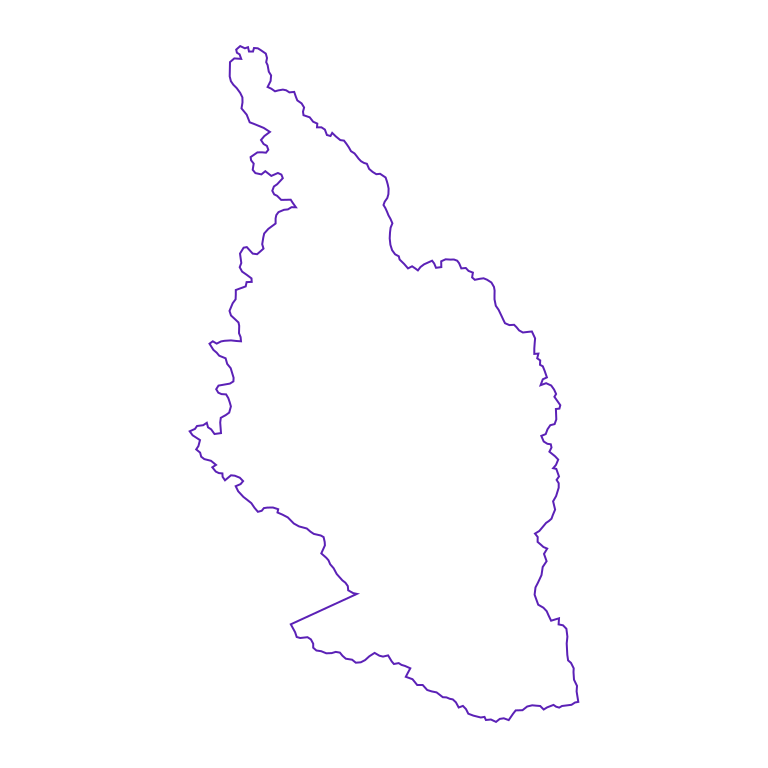 outline of Montividiu do Norte, Tocantins, Brazil
{"feature_id": "56859067B39670898572312", "entity_name": "Montividiu do Norte", "entity_type": "district", "adm_level": 2, "iso_a3": "BRA", "parent_name": "Brazil", "parent_adm1": "Tocantins", "projection": "orthographic", "projection_center": [-48.752, -13.106], "detail": "fine", "context": "isolated", "style": "outline", "palette": "violet", "viewbox_px": 768, "rotation_deg": 0, "n_neighbors": 0, "source": "geoboundaries", "source_scale": "gbopen_adm2", "svg_char_len": 5537}
<svg xmlns="http://www.w3.org/2000/svg" viewBox="0 0 768 768"><path d="M240.2,46.1L236.2,49.6L236.9,52.7L239.6,54.4L241.2,58.9L234.3,58.4L230.0,62.1L229.8,71.4L229.7,76.4L230.9,81.2L233.3,84.7L236.7,88.1L240.2,92.9L242.4,97.4L242.5,102.4L241.5,108.4L246.7,114.7L249.7,122.3L253.7,123.8L263.7,127.9L269.9,131.9L264.3,136.1L261.0,140.0L263.6,144.0L266.9,145.9L268.3,149.8L266.0,152.7L261.9,152.3L257.4,152.4L250.6,157.1L251.1,160.3L253.7,163.6L252.7,169.8L255.4,173.1L261.4,174.4L265.3,171.2L271.3,175.9L277.9,173.0L281.4,174.6L282.8,178.2L277.1,184.3L273.9,186.5L272.3,190.8L274.2,194.4L277.1,195.8L281.2,199.9L290.7,199.7L292.7,202.8L295.9,207.3L291.5,207.2L287.9,209.4L284.0,209.8L278.5,212.1L276.3,215.1L275.6,218.4L275.6,223.5L268.3,228.9L264.2,233.5L263.3,237.5L262.2,244.2L263.5,248.6L260.6,251.2L257.1,254.2L252.7,253.6L246.8,247.1L243.6,247.7L240.0,253.6L241.3,263.0L239.7,267.2L242.1,271.6L246.7,274.8L251.5,278.4L251.7,281.9L246.6,282.1L245.7,286.4L235.8,290.0L235.8,294.6L235.6,299.3L232.7,303.2L229.5,310.9L231.0,315.5L234.8,319.0L238.5,322.5L239.2,325.8L239.0,333.2L240.6,337.1L241.0,341.3L236.5,341.0L231.0,340.4L224.5,340.8L221.1,341.4L216.7,343.6L212.8,341.3L209.5,343.7L213.4,349.9L216.7,352.7L219.2,355.7L225.6,358.3L227.2,363.9L230.7,368.2L233.6,377.8L233.4,381.4L229.9,383.6L218.5,385.6L216.2,389.2L218.3,392.7L221.5,394.1L226.1,394.4L228.3,398.1L229.7,402.2L230.9,406.4L229.2,412.6L225.9,415.0L220.8,417.8L220.2,422.5L221.0,433.1L214.5,434.0L211.2,429.4L208.0,427.3L206.8,422.8L203.2,425.2L197.0,426.0L195.0,428.9L189.7,431.3L192.6,435.3L200.0,440.1L198.4,446.1L196.2,449.4L200.1,452.6L201.2,456.7L204.3,459.1L211.0,460.8L216.0,464.9L212.3,467.3L215.8,471.6L218.9,473.1L222.4,473.4L222.6,476.8L225.0,480.3L231.0,475.3L234.8,475.7L239.8,477.7L243.1,481.1L240.6,484.1L235.7,486.2L238.2,491.3L243.4,496.9L251.3,503.1L254.5,507.8L257.9,511.8L261.7,510.8L263.9,508.1L267.3,507.6L272.9,507.5L278.2,509.2L277.5,512.5L282.4,514.6L287.8,517.4L293.8,523.5L299.0,526.4L306.8,528.5L310.5,531.7L313.8,533.9L320.8,535.5L323.6,537.1L324.7,542.0L324.9,545.4L321.3,553.4L326.3,557.8L328.5,560.3L330.2,564.3L333.6,568.2L336.7,574.0L342.3,580.3L345.4,582.7L347.8,586.1L348.2,590.3L353.1,593.1L356.9,593.9L290.8,624.3L295.1,632.2L296.7,637.0L300.2,638.0L307.5,637.2L310.9,639.4L313.2,643.7L313.2,647.7L316.4,650.5L321.2,651.2L326.3,653.3L331.7,653.1L335.7,651.9L339.9,652.6L342.5,655.8L345.8,658.7L352.1,659.7L355.8,662.7L360.8,662.3L365.1,660.1L369.3,656.3L374.6,652.9L379.4,655.7L383.0,656.6L388.1,655.4L391.7,661.4L393.9,664.0L398.7,663.1L401.5,664.9L404.9,665.9L410.3,668.3L407.4,673.7L405.8,676.8L412.5,679.2L417.2,685.0L422.7,685.0L427.2,690.0L431.7,691.4L436.6,692.4L439.6,694.7L442.8,697.2L446.5,697.4L449.8,698.8L452.8,699.4L455.9,702.3L458.7,707.5L462.9,705.9L466.0,709.1L468.3,713.7L473.3,715.6L480.8,717.5L484.5,716.9L485.9,720.0L490.9,719.5L496.0,721.9L499.8,718.9L503.8,718.3L508.7,720.1L513.1,713.7L515.7,710.4L522.5,710.2L527.2,706.5L532.2,705.3L536.5,705.7L540.2,706.0L543.7,709.5L547.1,707.4L553.5,704.9L556.1,706.7L559.2,707.6L562.0,706.0L571.5,704.8L575.0,702.5L578.3,701.9L576.6,691.4L577.0,685.9L574.0,679.7L573.5,672.1L573.7,668.3L571.0,662.9L568.1,660.4L567.3,654.9L566.7,643.4L567.4,636.7L566.4,628.8L563.0,625.3L558.6,624.4L559.0,618.3L551.1,620.7L548.5,615.3L546.7,611.2L543.4,607.7L538.2,604.7L534.6,594.7L535.5,587.4L537.9,582.8L541.5,575.1L542.7,567.0L546.6,561.2L544.0,553.9L547.2,548.6L543.4,547.0L541.0,544.8L537.6,541.9L537.7,537.0L535.0,533.6L539.3,531.0L542.1,527.7L546.1,522.9L548.9,521.0L551.5,518.7L552.8,515.1L555.1,509.6L553.1,501.3L556.1,496.1L558.7,487.7L558.7,483.2L556.6,479.9L559.0,476.5L556.3,468.9L553.2,468.2L556.0,464.9L558.2,459.6L555.1,456.3L549.4,451.7L551.5,447.5L550.8,444.3L547.4,443.8L543.7,441.5L541.3,435.9L545.7,434.1L547.5,429.3L550.3,425.2L554.6,424.1L556.3,419.4L555.9,409.0L559.4,408.6L560.3,405.2L554.4,396.8L556.1,394.0L554.1,389.6L551.2,385.5L546.1,383.2L540.6,385.2L542.8,379.3L546.9,377.4L544.7,371.0L542.8,366.3L540.0,364.8L540.2,360.4L537.2,358.3L538.4,353.6L534.3,353.9L534.3,348.5L534.7,342.9L535.1,338.4L533.3,334.5L531.9,331.5L528.7,331.8L522.9,332.5L519.1,330.4L516.5,327.2L514.1,324.8L509.4,325.1L505.0,323.2L503.6,320.4L501.7,316.3L498.6,309.8L495.8,305.8L494.5,299.3L494.5,295.5L494.6,290.6L494.0,287.0L491.4,282.5L487.0,279.7L483.6,278.3L479.8,278.8L474.8,279.8L472.1,277.4L472.9,272.6L468.5,270.9L465.8,268.0L461.3,268.4L459.1,263.2L457.2,260.7L453.9,259.5L450.4,259.6L445.6,259.3L441.2,261.3L441.3,267.1L436.0,267.8L434.2,263.5L432.1,260.7L424.1,264.3L420.5,267.0L417.9,270.4L415.2,268.4L412.1,266.3L408.0,268.4L404.2,264.0L399.6,259.5L398.8,256.3L395.1,254.3L392.1,250.2L390.4,244.8L389.7,238.4L390.0,232.6L390.6,227.7L392.4,223.3L390.4,218.7L388.5,215.4L387.1,211.9L385.4,208.1L383.5,205.0L384.7,201.7L387.3,198.0L388.4,194.2L388.6,188.6L387.8,184.7L386.9,181.4L385.6,177.5L380.1,173.8L376.3,174.2L372.6,171.9L369.1,168.9L366.9,163.8L363.9,162.9L361.0,161.2L358.6,158.7L356.5,155.9L354.5,153.4L351.0,151.2L348.8,147.3L346.7,144.2L344.0,140.6L340.3,140.1L335.8,136.4L332.2,132.9L330.5,136.0L326.9,135.0L324.9,129.6L321.4,127.3L317.0,127.3L317.3,123.6L313.1,121.7L309.7,117.3L303.5,115.2L303.0,111.7L304.1,107.5L301.6,103.4L297.3,100.4L295.9,96.9L294.2,91.9L289.4,92.4L286.2,90.3L282.9,89.6L278.3,90.4L275.0,91.3L271.3,88.7L267.6,87.0L270.6,81.0L271.1,75.4L268.8,71.7L267.6,65.1L266.2,62.2L267.0,58.0L265.8,53.6L260.7,50.1L257.8,48.3L254.0,48.0L253.0,51.5L249.0,51.5L248.0,47.2L244.9,48.3L240.2,46.1Z" fill="none" stroke="#5b21b6" stroke-width="2"/></svg>